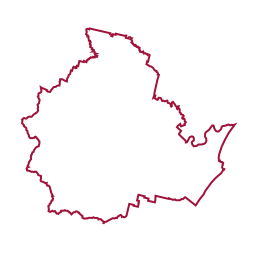 the district of Richmond Valley, New South Wales, Australia, rotated 4°
{"feature_id": "25037944B67552272844427", "entity_name": "Richmond Valley", "entity_type": "district", "adm_level": 2, "iso_a3": "AUS", "parent_name": "Australia", "parent_adm1": "New South Wales", "projection": "albers", "projection_center": [153.029, -29.027], "detail": "fine", "context": "isolated", "style": "outline", "palette": "rose", "viewbox_px": 256, "rotation_deg": 4, "n_neighbors": 0, "source": "geoboundaries", "source_scale": "gbopen_adm2", "svg_char_len": 5734}
<svg xmlns="http://www.w3.org/2000/svg" viewBox="0 0 256 256"><g transform="rotate(4 128 128)"><path d="M221.4,120.3L221.0,122.3L220.4,123.3L218.7,125.1L217.5,125.3L215.9,124.8L215.3,124.1L214.1,122.3L213.2,119.6L211.8,119.6L209.1,124.0L205.9,126.9L205.3,128.2L205.5,131.3L206.7,133.1L207.1,135.0L206.8,136.5L206.1,137.7L205.2,138.4L202.3,139.4L199.5,139.5L197.5,141.2L194.8,141.6L193.2,139.8L192.7,138.0L192.9,137.1L194.5,135.9L194.4,133.6L193.6,132.3L192.3,131.9L190.7,132.5L189.8,133.7L188.2,137.5L187.5,138.2L186.7,138.4L186.6,137.1L185.9,136.3L179.5,131.0L179.4,130.0L181.2,127.2L176.8,123.8L177.4,122.5L179.8,120.3L180.8,122.6L184.5,121.0L184.0,120.0L185.3,118.2L184.1,117.3L184.1,115.8L183.7,115.1L182.0,115.0L181.4,114.5L181.5,113.6L182.7,112.9L182.7,112.0L182.0,111.2L179.8,110.6L179.8,109.7L178.4,108.7L178.3,106.0L178.0,105.3L177.2,104.8L176.0,105.8L175.4,105.2L175.4,104.3L176.8,103.7L177.0,102.8L175.3,103.2L174.1,102.9L173.2,101.3L171.0,98.8L170.1,99.5L169.9,101.1L170.2,103.1L169.6,103.6L169.2,103.1L169.1,101.2L167.2,100.3L165.9,100.1L165.5,98.3L165.1,97.9L162.9,98.9L161.2,98.3L160.4,98.7L159.8,98.1L158.9,96.1L158.0,95.7L156.4,95.7L155.9,97.5L155.3,97.9L151.6,95.8L151.2,96.1L151.3,95.5L152.8,94.8L153.0,93.7L151.8,93.6L152.1,90.3L153.9,78.3L155.1,72.8L153.9,72.6L154.1,71.5L153.7,70.6L152.6,70.1L152.4,69.1L151.7,69.2L149.8,67.9L149.0,66.3L146.4,64.9L145.1,64.9L144.4,64.2L142.0,63.1L142.4,60.2L143.4,60.4L144.5,53.8L143.6,53.2L143.0,53.5L142.5,53.3L142.3,53.6L141.8,52.8L141.2,52.9L140.0,52.2L138.6,52.6L137.9,50.8L137.4,51.3L137.0,50.9L136.1,51.3L134.7,51.1L134.4,50.5L134.6,49.7L133.7,49.2L134.0,47.5L133.5,47.5L133.4,47.0L132.6,47.0L132.5,46.6L131.7,46.6L131.8,46.2L131.1,46.2L130.6,45.6L130.3,45.7L130.3,45.2L129.8,44.7L128.9,45.3L128.7,44.9L128.3,45.1L127.3,43.6L126.8,43.7L126.2,43.1L126.3,42.6L125.6,42.2L126.2,41.7L126.0,40.6L125.2,39.5L124.6,39.4L125.4,38.3L124.8,38.3L124.2,37.4L123.6,37.2L122.5,37.5L122.3,38.7L119.5,38.2L120.0,34.9L119.6,36.5L109.3,34.8L109.2,35.9L106.5,35.5L106.1,37.7L105.0,37.5L105.3,36.1L103.6,35.8L103.8,34.7L82.7,31.4L82.4,32.3L80.8,31.8L79.6,32.4L79.5,33.2L80.2,35.1L79.6,37.4L80.3,37.7L80.7,38.4L81.3,38.5L81.2,39.2L81.7,39.0L82.3,39.4L82.1,40.1L82.9,43.6L83.2,43.9L84.0,43.8L83.9,44.7L84.8,45.1L83.9,46.9L84.1,47.2L84.7,47.2L85.2,47.9L84.5,49.7L86.7,50.8L86.4,52.1L87.4,52.1L88.5,52.6L88.2,53.6L87.6,54.1L88.9,53.9L89.5,54.6L89.3,55.2L89.5,55.9L91.0,56.1L90.4,56.4L90.1,57.2L90.6,58.3L92.3,58.1L92.2,59.1L90.1,59.2L89.9,59.9L89.0,59.6L88.5,60.0L88.0,59.5L87.3,60.2L85.9,60.1L85.7,60.8L84.9,61.0L84.3,62.0L83.7,61.8L82.9,63.4L82.2,63.4L81.9,65.2L79.5,64.2L79.4,65.3L74.8,64.6L74.0,69.7L72.7,69.5L72.4,71.8L71.6,72.0L71.1,70.9L70.2,71.4L69.5,70.8L68.9,71.6L68.3,74.8L67.0,74.6L66.5,78.2L65.1,79.4L65.0,80.6L63.7,83.6L63.8,85.8L61.3,85.1L59.3,84.0L57.0,84.0L56.8,84.8L57.1,85.7L56.5,86.8L56.9,87.7L56.7,90.4L55.7,90.4L53.8,91.1L53.1,92.0L51.0,92.4L48.6,95.8L47.7,97.5L45.1,97.2L44.2,96.3L44.4,95.8L41.4,94.6L39.9,94.4L38.2,93.4L39.0,96.7L38.9,98.2L37.8,99.1L36.6,99.5L36.3,100.1L36.4,101.9L35.9,103.0L36.5,103.3L36.7,104.6L37.9,106.0L37.5,109.4L36.2,111.0L37.0,113.8L36.6,114.8L37.1,116.9L36.7,117.9L35.7,119.1L35.1,119.3L34.8,119.9L33.4,120.6L31.3,123.3L30.6,123.6L29.0,123.5L27.9,123.9L26.8,124.6L26.3,125.5L25.5,125.8L23.5,125.3L21.8,126.9L22.2,127.4L22.0,128.6L22.1,130.7L24.0,132.4L24.0,133.4L26.2,134.8L26.6,135.5L26.7,137.1L27.9,138.0L28.2,140.0L29.6,142.1L29.6,142.9L30.4,144.2L31.2,144.9L34.0,144.7L35.0,144.1L35.3,144.2L35.7,143.4L36.4,143.1L37.4,143.8L38.0,144.8L39.0,145.6L40.0,147.1L40.6,147.5L40.7,149.9L40.3,150.9L40.3,152.3L37.8,153.6L36.2,155.9L35.7,156.8L35.5,158.4L34.3,159.0L34.0,160.7L33.2,161.8L33.5,162.6L33.1,163.8L33.5,165.8L32.4,167.4L32.1,168.5L31.5,169.0L31.3,171.3L30.5,172.8L30.5,173.6L31.3,173.9L30.2,174.4L29.7,175.6L30.0,175.8L30.3,177.4L30.7,177.6L32.2,177.5L35.0,178.5L35.8,178.2L37.5,178.6L38.2,178.0L39.5,178.0L41.5,180.3L41.8,181.2L44.6,182.0L44.6,183.7L44.8,184.3L44.4,186.0L44.7,186.9L45.3,187.4L47.4,187.7L49.3,188.8L50.7,188.5L50.5,189.3L51.5,191.2L52.8,191.0L53.9,191.9L56.1,198.3L57.6,200.6L57.1,200.5L56.9,201.4L58.2,203.7L57.7,205.6L56.9,205.6L56.1,208.4L55.3,209.0L55.0,210.5L54.0,211.3L54.7,214.6L54.6,216.6L56.3,217.1L58.4,215.8L59.1,216.4L59.8,216.5L60.9,215.9L62.7,218.3L63.8,218.2L64.4,218.6L65.8,217.1L67.0,216.4L67.0,215.2L70.0,214.9L70.7,214.4L71.4,214.8L73.6,214.8L73.9,215.3L75.1,215.7L75.3,216.4L76.2,216.5L77.6,218.1L79.5,216.0L81.0,215.7L82.1,214.7L83.6,215.0L84.5,216.0L85.3,215.9L85.7,216.9L88.8,219.1L88.6,219.5L88.8,220.7L91.0,221.5L92.6,221.0L93.3,221.2L95.2,220.3L98.8,220.2L99.6,219.5L100.8,220.0L103.6,219.9L104.4,220.2L104.9,221.3L105.9,220.9L107.6,221.0L108.0,221.6L110.3,223.3L110.5,223.8L110.2,224.5L110.5,224.6L111.5,223.3L112.8,223.0L119.1,219.0L120.9,219.2L121.7,218.6L123.3,218.6L123.8,217.2L126.5,215.3L127.1,215.4L128.2,216.6L128.2,217.1L129.0,216.8L130.4,217.4L131.7,216.7L132.6,215.7L134.6,203.6L139.1,204.3L139.0,205.2L143.4,205.9L144.0,202.4L143.7,202.4L144.0,200.0L142.1,199.7L143.1,193.9L149.4,195.0L149.1,196.3L153.4,197.0L153.1,199.2L160.0,200.3L160.3,197.5L160.2,193.7L173.6,195.9L173.8,195.2L175.1,195.8L178.1,196.5L179.8,195.9L180.4,196.5L181.8,196.7L184.9,196.4L186.4,195.1L187.6,195.2L189.7,193.1L190.2,193.2L200.9,200.5L204.5,194.0L208.0,189.1L209.5,185.4L215.0,176.6L219.1,171.5L224.1,166.6L225.7,163.7L226.8,162.9L226.9,162.3L225.7,162.4L224.7,160.7L224.6,159.5L225.2,158.0L224.9,157.6L225.4,156.3L224.4,155.4L223.4,155.5L221.7,154.9L221.8,154.4L221.3,154.6L221.0,154.4L220.5,150.9L220.8,148.0L222.8,139.9L225.7,132.6L228.9,125.7L234.2,117.2L232.9,117.8L231.4,117.6L229.6,118.2L227.8,117.5L224.7,119.0L222.2,119.5L221.4,120.3Z" fill="none" stroke="#9f1239" stroke-width="2"/></g></svg>